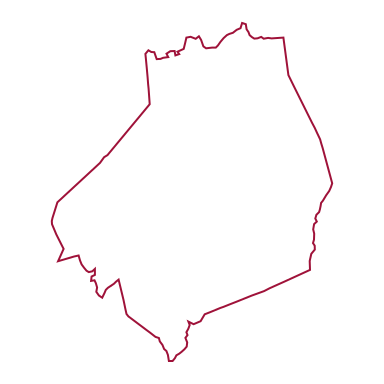 São Bento do Una, Pernambuco, Brazil (Robinson projection)
{"feature_id": "56859067B23894909261081", "entity_name": "São Bento do Una", "entity_type": "district", "adm_level": 2, "iso_a3": "BRA", "parent_name": "Brazil", "parent_adm1": "Pernambuco", "projection": "robinson", "projection_center": [-36.461, -8.539], "detail": "fine", "context": "isolated", "style": "outline", "palette": "rose", "viewbox_px": 384, "rotation_deg": 0, "n_neighbors": 0, "source": "geoboundaries", "source_scale": "gbopen_adm2", "svg_char_len": 2002}
<svg xmlns="http://www.w3.org/2000/svg" viewBox="0 0 384 384"><path d="M148.4,50.3L145.4,53.9L145.9,58.9L146.7,67.3L147.6,77.3L148.1,83.9L148.6,88.8L149.7,104.2L145.9,108.8L109.3,152.9L107.5,155.1L104.1,157.2L100.0,162.9L57.4,202.3L54.4,211.9L52.5,217.9L51.8,221.0L52.0,224.2L53.7,228.2L56.3,234.4L63.6,248.9L58.1,261.2L74.1,256.5L78.6,255.5L80.0,260.4L81.6,264.4L84.1,267.8L86.5,270.7L88.8,272.1L92.3,271.3L94.9,268.9L94.9,274.9L91.6,276.5L91.1,280.9L94.5,280.3L95.9,283.3L97.1,287.5L96.3,291.8L98.9,295.5L102.2,297.7L104.5,293.0L105.8,289.9L107.9,287.8L113.9,283.8L116.0,281.7L118.6,279.6L123.5,299.9L125.3,308.6L126.5,314.0L128.4,316.4L146.2,329.8L150.0,332.6L155.5,336.9L158.9,338.0L159.8,341.4L162.5,345.0L164.1,349.0L166.4,351.0L167.9,354.9L168.9,361.0L172.6,361.0L174.9,358.2L176.4,355.3L179.2,353.7L181.5,351.9L184.4,349.3L186.7,346.6L187.2,342.4L185.4,337.9L187.5,335.1L186.4,332.2L188.3,328.8L189.7,325.0L188.4,321.6L193.6,324.2L200.6,321.2L204.7,314.3L210.3,312.1L220.2,308.0L223.4,306.9L229.4,304.5L236.8,301.6L251.7,295.6L264.1,291.1L269.5,288.3L276.6,285.1L284.0,281.8L310.0,269.9L309.7,261.0L311.3,253.8L314.8,249.6L314.7,245.7L313.0,243.1L314.0,239.6L314.2,233.7L313.2,229.4L314.1,224.1L316.8,221.6L315.3,218.5L316.4,214.8L319.1,212.1L319.9,209.4L320.6,206.0L321.1,202.9L322.9,200.7L326.2,195.2L329.2,191.0L331.0,187.0L332.2,183.3L322.7,148.2L321.2,143.3L320.1,139.3L317.1,133.0L314.8,128.0L312.1,122.9L293.5,85.5L288.4,75.1L283.4,37.6L271.6,38.4L268.1,37.9L263.7,38.7L261.2,36.9L257.6,38.3L254.3,38.6L251.9,37.1L249.6,35.1L248.5,32.1L246.6,29.3L245.8,24.2L242.1,23.0L240.5,28.2L236.7,29.8L232.9,32.8L229.4,33.9L226.9,35.1L223.6,38.1L220.5,41.8L217.9,45.5L215.8,47.6L212.1,47.6L206.1,48.3L203.4,46.4L201.1,39.9L198.9,36.3L195.7,38.8L190.6,36.8L186.4,37.6L185.1,43.2L183.7,48.9L177.5,51.7L179.2,54.1L175.4,55.4L174.6,51.0L170.3,51.2L166.5,53.7L168.2,57.1L163.1,57.8L160.5,58.9L156.7,59.1L155.5,55.7L154.3,52.2L151.3,52.0L148.4,50.3Z" fill="none" stroke="#9f1239" stroke-width="2"/></svg>